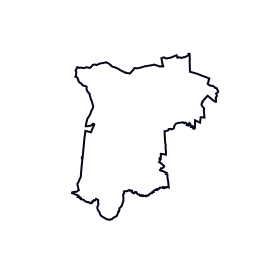 outline of Tibana, Iasi, Romania, rotated 293°
{"feature_id": "2599482B79460431929745", "entity_name": "Tibana", "entity_type": "district", "adm_level": 2, "iso_a3": "ROU", "parent_name": "Romania", "parent_adm1": "Iasi", "projection": "equal_earth", "projection_center": [27.326, 46.993], "detail": "fine", "context": "isolated", "style": "outline", "palette": "ink", "viewbox_px": 256, "rotation_deg": 293, "n_neighbors": 0, "source": "geoboundaries", "source_scale": "gbopen_adm2", "svg_char_len": 5807}
<svg xmlns="http://www.w3.org/2000/svg" viewBox="0 0 256 256"><g transform="rotate(293 128 128)"><path d="M220.4,155.7L219.9,154.7L218.6,155.4L218.2,155.0L216.1,153.2L215.4,152.7L215.2,151.9L213.4,150.0L213.2,149.4L213.5,149.0L213.0,147.4L212.3,146.6L212.0,146.0L213.2,145.2L214.0,144.3L209.7,140.1L208.5,138.6L208.3,137.9L207.9,137.5L207.0,136.3L206.9,135.6L207.1,133.5L205.3,131.5L201.4,134.0L198.5,136.3L197.9,135.1L197.9,134.6L197.6,134.4L197.3,133.7L197.0,133.3L197.0,131.9L196.5,127.1L195.6,126.1L190.8,118.6L189.8,117.6L186.9,113.8L186.2,112.3L185.8,110.7L185.3,110.4L183.4,110.1L180.5,109.0L179.0,108.6L179.0,108.4L178.8,108.2L178.7,107.7L178.7,107.3L178.5,106.3L178.2,105.9L178.1,105.4L178.2,105.1L177.9,104.6L178.1,103.8L177.8,103.5L178.1,101.0L178.2,98.6L178.7,95.5L178.7,94.6L178.6,94.1L178.8,93.8L178.8,92.9L178.4,89.7L178.6,88.6L178.9,87.7L179.1,87.7L179.8,85.2L179.9,84.6L179.7,82.3L179.9,82.1L178.1,79.7L176.4,77.0L173.7,74.5L173.6,74.0L173.7,73.7L173.3,72.4L172.7,71.3L172.4,71.0L171.3,70.7L170.7,70.4L168.6,69.7L168.4,69.3L167.6,65.9L166.3,64.5L165.7,63.4L165.2,61.1L165.0,60.5L164.3,59.6L163.9,58.5L164.3,58.5L164.4,58.0L164.2,57.6L162.9,57.4L161.1,57.4L160.6,57.3L159.4,58.4L158.0,59.0L156.1,59.6L154.7,59.5L154.7,61.2L154.5,61.7L153.1,63.3L152.3,63.6L151.0,65.4L150.9,66.3L150.7,67.6L150.1,68.6L149.5,70.0L150.0,72.5L149.9,73.6L149.8,73.8L149.4,74.0L147.8,74.5L146.4,75.7L145.6,76.8L145.5,77.3L144.8,78.1L144.8,78.5L144.2,79.5L143.2,80.0L141.8,81.2L140.1,82.5L139.2,83.4L138.9,83.9L134.2,87.6L131.8,87.9L129.3,87.5L126.3,87.9L122.1,87.3L120.6,87.0L116.5,87.6L113.1,88.4L113.5,89.4L114.7,91.3L115.4,92.6L117.4,94.1L118.1,94.0L118.5,94.7L118.4,95.3L117.7,95.6L109.6,95.6L108.7,89.9L100.9,92.1L83.3,97.7L83.1,97.0L82.2,97.3L82.5,97.9L75.1,100.1L64.3,103.7L61.5,103.4L58.5,103.6L57.1,103.2L56.5,103.3L51.5,107.0L51.1,106.5L50.1,106.2L49.1,105.3L48.2,103.6L47.0,101.8L46.2,101.9L46.4,108.5L44.8,108.6L45.0,109.7L45.3,109.6L45.5,109.7L45.7,110.2L45.3,111.0L45.4,111.6L45.2,111.9L45.0,112.1L44.3,111.8L44.0,112.4L44.6,115.1L44.6,115.4L43.9,116.6L43.8,117.5L43.9,118.4L43.8,119.0L43.9,119.8L44.2,120.1L44.4,120.8L44.2,121.7L43.9,122.2L44.6,123.9L45.4,123.5L46.4,123.8L47.1,124.2L46.4,124.5L46.8,124.8L48.2,124.8L48.6,126.1L50.2,126.3L50.2,128.3L49.8,128.9L48.2,129.3L46.6,130.4L46.0,130.5L45.5,130.7L44.1,130.6L42.8,130.8L42.1,131.2L40.9,132.2L39.3,134.6L37.8,135.9L36.8,137.3L36.5,138.2L36.1,140.5L36.1,141.8L35.6,143.9L35.7,144.7L36.2,145.7L36.2,147.0L37.1,147.5L37.5,148.5L37.8,148.8L39.7,149.6L40.7,150.6L41.7,151.2L42.4,151.9L42.8,152.1L45.5,152.0L47.6,151.7L47.8,152.4L49.7,151.9L50.0,151.6L50.9,151.5L52.5,152.3L53.7,152.4L53.9,152.7L55.3,152.5L55.8,152.6L57.5,152.2L59.1,152.3L63.1,150.5L64.7,149.5L65.4,149.6L66.0,149.9L66.8,149.8L67.3,149.3L67.9,149.1L68.1,149.2L68.7,149.8L69.0,151.1L69.2,151.5L71.2,153.1L71.2,153.3L70.9,153.6L70.9,153.9L71.2,153.9L71.5,154.1L71.7,155.6L71.4,155.8L71.4,156.0L71.6,156.3L70.5,156.5L70.4,156.7L70.6,157.2L70.5,157.6L70.3,157.9L70.3,159.2L71.1,159.4L71.5,159.3L72.0,159.7L72.2,160.3L72.2,160.9L71.6,161.0L71.4,161.9L71.0,162.3L70.8,163.2L70.9,163.8L71.3,164.8L71.2,165.1L71.0,165.4L70.4,165.5L70.4,165.8L70.9,166.1L71.2,167.2L71.3,167.0L71.5,167.0L71.5,167.9L71.0,168.0L71.1,168.3L71.3,168.6L71.7,168.7L71.6,168.9L71.8,169.6L72.9,171.2L72.4,171.5L72.8,171.9L73.4,172.3L73.6,172.8L74.1,173.0L74.5,173.4L75.8,173.7L77.2,175.0L77.4,175.4L78.0,175.3L78.0,175.5L78.3,175.5L78.5,175.6L78.4,175.9L78.7,176.1L78.8,175.9L79.1,176.0L78.9,176.5L79.0,176.6L79.3,176.2L79.6,176.0L80.7,176.5L81.7,177.4L81.9,178.1L82.3,177.8L82.5,178.0L82.4,178.2L82.7,178.3L82.9,178.3L83.0,178.5L82.8,178.7L83.1,179.0L82.8,179.3L83.3,179.8L83.9,179.7L84.2,180.3L84.4,180.4L85.3,180.4L85.3,180.9L86.1,181.6L86.4,182.6L86.4,182.9L86.5,183.2L86.6,182.9L86.9,182.9L87.3,183.1L87.4,183.5L86.9,183.5L86.7,183.7L86.8,184.2L87.4,184.4L87.4,184.6L87.5,184.9L87.2,185.1L88.2,185.6L88.2,186.0L88.1,186.4L88.1,186.7L88.9,187.0L89.3,187.5L89.4,188.1L89.3,188.6L93.7,186.3L98.0,183.6L100.6,182.4L100.3,181.0L101.9,181.0L101.8,179.5L101.9,177.6L101.7,175.1L101.7,174.0L103.5,174.1L103.4,174.4L104.3,175.2L105.4,175.9L106.0,176.0L106.3,176.3L106.9,176.3L107.6,174.9L107.7,174.3L108.6,171.7L108.7,169.9L111.3,170.2L111.6,169.3L112.5,168.9L112.8,170.1L117.0,168.3L118.0,171.8L118.2,173.3L121.6,172.0L121.9,171.6L122.6,171.3L122.8,171.1L127.7,169.0L128.5,168.2L132.7,166.1L139.4,162.9L140.3,164.5L140.7,164.9L140.9,165.5L141.1,165.7L142.6,165.8L143.1,166.1L143.2,166.7L143.7,167.3L143.8,167.9L143.6,168.4L144.6,169.3L144.9,169.9L146.2,170.4L147.4,169.9L150.2,170.2L150.7,170.4L151.6,171.4L152.1,172.2L152.5,172.5L153.3,174.2L154.5,175.9L154.5,176.8L154.9,177.2L154.9,177.5L154.4,177.9L154.4,178.2L155.0,178.5L155.4,179.1L155.4,179.4L155.1,180.0L154.9,180.2L154.7,180.9L154.4,181.0L153.9,180.9L153.6,180.9L153.6,181.5L153.8,182.1L153.8,182.5L155.4,182.7L155.8,182.4L156.6,182.5L156.3,183.5L154.9,183.8L154.5,184.2L154.6,184.4L155.0,184.9L155.0,186.1L153.6,185.8L153.6,186.1L154.0,186.4L154.5,187.3L154.4,187.7L154.2,187.9L153.3,187.9L153.0,188.1L153.0,189.0L153.9,189.7L161.3,186.7L161.0,192.2L166.3,190.7L167.0,192.6L167.5,194.3L173.7,191.0L175.9,190.3L176.5,188.7L177.9,186.7L179.6,186.2L181.0,186.7L181.4,186.1L188.8,188.7L187.6,192.9L186.8,195.3L186.5,196.9L186.2,197.6L186.3,198.2L186.5,198.7L186.9,198.5L187.5,198.4L188.1,198.2L189.4,197.2L190.0,197.3L190.6,196.9L191.2,197.3L192.2,197.3L192.5,197.1L193.4,196.5L194.2,195.6L195.9,196.7L196.3,196.8L197.1,196.7L198.0,195.4L199.3,194.1L198.9,192.6L199.5,191.7L199.9,189.5L199.6,189.0L199.4,187.5L199.0,186.8L199.3,186.1L199.7,184.1L200.7,184.0L202.5,184.0L203.2,183.6L205.4,183.5L205.3,182.0L205.3,180.4L205.1,176.6L204.9,170.2L204.0,163.1L213.0,158.9L214.4,158.3L214.9,158.3L220.4,155.7Z" fill="none" stroke="#020617" stroke-width="2"/></g></svg>